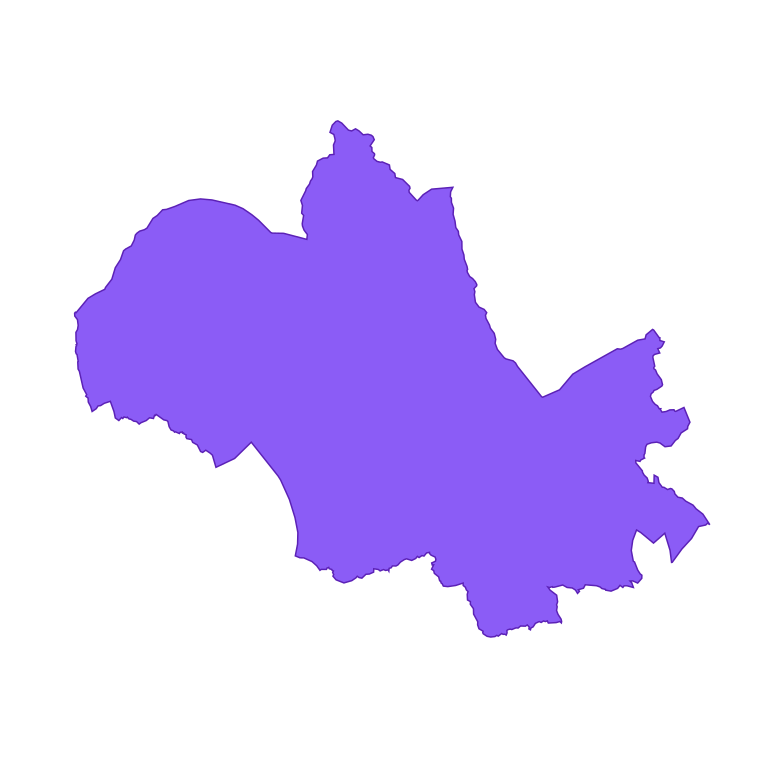 Burera, Northern, Rwanda, rotated 351°
{"feature_id": "39286606B41980105768775", "entity_name": "Burera", "entity_type": "district", "adm_level": 2, "iso_a3": "RWA", "parent_name": "Rwanda", "parent_adm1": "Northern", "projection": "albers", "projection_center": [29.857, -1.461], "detail": "fine", "context": "isolated", "style": "filled", "palette": "violet", "viewbox_px": 768, "rotation_deg": 351, "n_neighbors": 0, "source": "geoboundaries", "source_scale": "gbopen_adm2", "svg_char_len": 6142}
<svg xmlns="http://www.w3.org/2000/svg" viewBox="0 0 768 768"><g transform="rotate(351 384 384)"><path d="M589.6,620.9L592.4,621.3L598.5,624.0L597.6,619.1L596.2,617.1L598.9,617.4L603.4,620.3L608.2,616.3L608.8,613.2L607.3,611.6L605.5,607.5L603.6,599.0L602.5,598.0L602.2,587.1L605.2,577.3L610.6,567.7L614.4,570.9L625.3,583.3L638.0,575.3L640.5,593.1L640.1,605.2L640.8,605.2L652.4,593.6L663.6,584.7L672.4,574.0L679.7,573.6L681.8,572.1L683.8,573.9L678.6,562.4L672.7,556.1L670.3,552.0L663.7,546.9L660.8,543.3L656.6,541.8L654.1,538.0L653.9,535.5L651.9,532.6L650.5,532.0L647.6,532.6L644.3,529.8L642.7,529.5L640.1,524.4L640.0,519.0L636.6,516.3L635.1,524.3L629.2,522.7L629.8,521.6L629.2,518.0L626.7,514.7L625.5,511.5L625.6,510.2L620.4,501.2L620.7,498.9L624.7,500.5L625.8,499.2L629.8,497.9L629.3,497.2L629.8,494.6L630.8,493.4L632.6,487.0L634.3,484.7L638.9,483.9L644.3,484.1L647.4,485.5L651.7,489.9L657.9,490.1L663.0,485.3L665.9,483.8L669.8,478.8L676.8,475.7L677.4,473.4L680.2,469.6L676.6,454.1L667.8,456.7L666.9,456.2L666.4,454.8L662.2,454.3L658.4,455.3L654.2,455.3L653.0,452.5L653.5,451.7L652.0,451.5L650.7,448.3L648.6,446.5L646.5,443.2L645.2,437.9L646.3,435.5L648.8,433.9L649.6,432.6L652.7,432.0L658.1,429.5L659.0,428.3L658.6,423.1L655.3,416.6L654.4,412.7L652.9,411.0L653.0,410.0L654.2,408.8L653.7,399.7L654.2,398.2L655.9,397.1L661.2,396.5L659.9,391.9L662.7,391.6L664.7,390.0L667.4,386.2L663.3,384.2L663.7,381.5L663.1,381.4L658.8,372.9L657.8,372.1L650.6,376.4L648.9,380.3L641.5,380.4L625.3,386.3L623.0,386.6L619.9,385.7L585.1,398.5L572.0,403.8L556.5,417.2L538.6,421.9L537.6,421.1L518.6,387.5L517.2,383.8L515.1,381.3L508.4,378.3L506.8,376.9L501.4,367.6L500.1,361.2L501.3,357.4L500.8,351.2L497.8,345.5L497.4,342.2L495.0,335.2L495.0,331.9L496.6,329.6L494.6,326.0L489.9,322.9L487.1,317.6L487.2,309.9L488.2,307.0L487.8,303.9L490.9,301.5L491.2,300.3L490.2,297.2L488.0,293.7L485.5,291.3L483.8,286.7L483.8,284.7L484.5,283.9L484.4,280.8L482.8,273.3L483.1,269.0L482.1,263.0L483.2,255.4L481.1,248.4L481.3,244.8L479.4,240.7L479.6,234.2L478.8,227.2L480.2,221.2L479.0,215.2L479.6,211.1L478.8,209.4L479.9,204.6L482.8,200.5L461.5,199.0L452.4,203.1L446.5,207.8L445.6,208.2L444.7,207.5L438.9,198.7L438.9,196.6L440.3,194.8L440.2,192.8L434.4,184.9L427.6,181.9L427.6,177.8L423.6,173.0L423.6,168.5L417.0,164.4L415.1,164.4L411.9,163.0L409.1,159.8L408.9,158.8L410.6,156.2L410.6,155.0L408.5,152.5L409.0,148.5L407.5,146.7L412.6,141.2L411.8,137.9L410.4,136.3L407.2,134.8L402.4,134.6L398.9,130.1L395.8,127.5L391.6,129.0L388.6,127.7L383.1,119.7L379.6,116.9L377.5,117.2L373.4,120.3L370.0,127.0L373.5,129.7L373.9,134.0L373.8,136.3L371.5,140.0L370.5,149.4L366.3,149.1L363.6,151.8L359.2,151.4L353.2,153.4L351.5,157.2L346.7,162.9L346.1,168.2L345.2,169.9L343.1,172.1L341.7,174.9L337.8,178.8L336.8,181.0L330.6,189.7L331.4,194.9L329.4,202.4L331.0,204.9L328.3,212.9L328.2,215.2L329.1,219.5L331.7,224.4L330.4,229.1L308.5,219.5L297.3,217.5L295.9,216.7L285.7,202.6L280.0,196.2L272.2,188.8L264.9,184.1L242.9,175.3L231.7,172.5L219.8,172.2L205.3,175.9L196.5,177.5L192.6,177.3L186.4,182.1L181.7,184.3L174.3,192.9L171.5,194.1L166.6,194.8L163.4,196.5L161.7,198.0L159.8,202.8L156.0,208.1L150.1,210.2L147.6,211.7L143.2,219.9L136.8,227.1L131.6,237.9L124.1,245.0L123.0,246.8L113.1,249.8L105.0,253.1L91.1,265.4L90.4,264.8L89.5,265.7L89.2,268.5L91.3,272.5L91.1,278.3L89.8,282.3L87.8,284.8L86.6,293.1L87.1,296.4L86.0,297.1L86.4,298.1L85.6,298.9L84.4,303.6L84.7,306.0L85.4,306.8L85.5,313.9L85.0,314.2L84.2,321.4L85.1,323.8L86.2,340.9L88.7,348.0L87.5,349.4L89.5,351.6L89.1,355.6L90.7,360.2L91.4,365.5L95.9,363.4L98.2,360.9L100.7,361.0L104.7,359.3L111.0,358.3L113.0,369.0L113.3,375.5L116.4,378.6L119.5,376.1L120.6,377.2L122.0,375.9L124.6,377.0L125.3,376.6L126.7,378.6L128.5,379.3L130.9,381.5L133.7,382.4L135.9,385.3L138.0,384.2L143.5,382.9L147.1,380.7L150.9,382.0L152.5,379.0L153.3,379.4L154.2,378.4L160.9,385.0L163.9,386.2L164.7,387.3L165.1,392.6L166.5,396.1L168.8,397.4L169.6,398.8L170.5,398.6L174.2,400.9L175.1,399.8L177.3,399.9L177.3,401.0L178.4,401.0L178.6,402.0L180.6,403.2L180.1,405.5L180.7,407.1L185.2,408.8L185.9,411.7L190.1,415.0L192.3,422.0L194.2,423.2L197.6,421.5L201.5,425.1L203.4,427.5L205.0,440.0L224.8,434.2L243.8,420.7L265.0,458.3L266.9,462.7L272.5,483.2L275.2,502.1L275.7,517.3L273.6,528.6L269.5,539.9L273.8,542.5L277.6,543.2L285.1,548.1L289.1,553.0L291.6,558.0L293.0,557.3L298.2,558.1L298.9,556.9L300.7,556.5L301.0,557.9L303.4,559.0L303.6,560.0L304.8,560.8L303.8,562.1L304.5,564.3L303.5,565.8L306.0,569.9L313.3,574.2L321.4,573.2L325.9,571.1L327.5,569.7L329.1,571.3L331.8,572.3L336.4,569.1L339.8,569.4L344.3,568.2L345.0,564.9L349.4,566.3L350.9,568.0L354.5,567.2L356.4,568.4L359.0,568.3L359.5,569.6L360.2,566.9L362.4,566.6L363.8,565.0L367.4,565.6L369.4,564.9L372.3,562.5L376.6,560.6L378.9,560.2L383.8,562.6L388.0,561.3L390.0,559.5L391.5,560.9L394.6,559.4L396.6,560.2L399.6,557.5L402.6,557.4L402.5,558.6L403.7,560.4L407.4,562.9L407.8,565.2L407.1,567.1L403.1,568.2L403.3,570.3L404.7,570.4L402.0,574.4L403.9,576.1L404.1,578.9L407.8,583.0L408.2,587.1L409.1,587.6L409.3,589.5L410.2,590.3L411.0,592.9L415.3,594.1L423.3,594.2L431.0,593.0L430.7,595.4L432.6,597.5L433.1,600.2L434.5,602.1L433.3,604.8L432.7,610.4L435.3,612.4L434.8,615.1L437.2,619.9L436.5,625.3L439.4,633.5L438.8,636.5L439.5,640.6L443.2,643.7L442.6,645.1L443.0,646.3L446.3,649.3L449.8,650.6L454.1,650.8L456.1,649.9L457.4,650.9L461.2,648.9L462.5,649.9L464.2,650.0L465.4,651.1L466.6,649.1L466.8,646.7L467.8,646.1L470.2,645.8L471.8,646.5L476.2,645.5L478.3,646.0L481.0,644.4L485.8,645.3L487.8,644.4L489.4,646.7L488.8,648.6L490.2,649.7L490.9,648.0L493.3,647.2L496.1,644.1L500.1,642.9L501.9,644.1L504.5,643.0L506.2,643.9L508.2,643.5L508.9,645.8L516.8,646.6L520.5,646.1L521.8,647.7L522.3,646.3L522.1,643.9L519.8,638.6L519.0,634.7L520.2,631.1L519.9,629.1L521.4,626.3L521.5,619.6L515.8,613.6L514.1,610.2L515.5,610.9L518.5,610.5L518.8,611.2L520.9,611.3L529.1,610.5L533.0,613.6L538.0,614.9L540.9,617.5L542.4,621.1L544.6,619.4L543.7,617.6L549.1,616.9L551.4,613.8L562.4,616.5L565.7,618.3L567.2,620.1L570.6,621.5L570.7,622.3L575.9,624.1L582.8,622.4L585.6,619.8L588.1,622.3L589.6,620.9Z" fill="#8b5cf6" stroke="#5b21b6" stroke-width="1.5"/></g></svg>